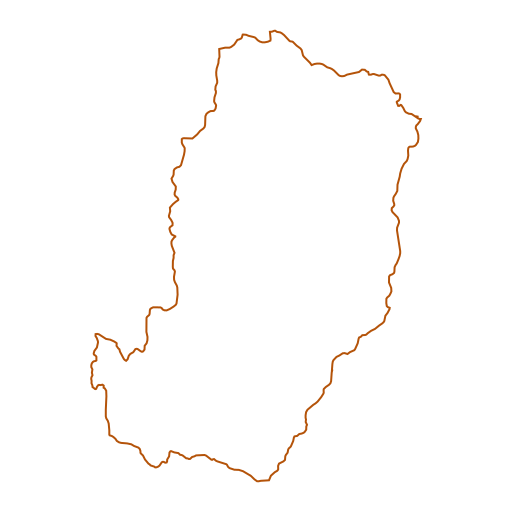 Guadalupe, Antioquia, Colombia (Natural Earth projection)
{"feature_id": "7082276B7072789807287", "entity_name": "Guadalupe", "entity_type": "district", "adm_level": 2, "iso_a3": "COL", "parent_name": "Colombia", "parent_adm1": "Antioquia", "projection": "natural_earth1", "projection_center": [-75.232, 6.863], "detail": "fine", "context": "isolated", "style": "outline", "palette": "amber", "viewbox_px": 512, "rotation_deg": 0, "n_neighbors": 0, "source": "geoboundaries", "source_scale": "gbopen_adm2", "svg_char_len": 5983}
<svg xmlns="http://www.w3.org/2000/svg" viewBox="0 0 512 512"><path d="M92.6,387.2L93.1,387.4L95.0,389.0L95.7,389.1L96.2,388.8L97.0,386.8L98.1,385.3L99.0,384.9L100.4,385.1L102.5,384.7L103.7,385.6L103.6,387.7L104.8,388.4L106.2,390.7L106.4,396.3L105.8,409.8L105.8,416.4L106.3,418.4L107.8,420.8L108.7,423.6L109.3,430.3L109.3,434.5L109.6,435.3L111.8,436.0L113.4,437.0L115.5,438.9L116.8,440.9L119.0,442.3L121.1,442.9L127.1,443.4L131.3,444.3L134.1,446.0L138.4,447.6L139.7,448.9L140.4,450.9L140.5,452.9L141.0,453.6L143.0,455.5L145.0,459.5L146.5,461.3L148.5,463.7L149.7,464.4L150.5,465.4L154.2,466.6L155.2,467.4L156.5,467.3L158.2,466.6L159.5,465.6L161.7,462.4L162.4,461.9L163.8,461.9L165.2,462.7L166.6,462.5L167.1,461.5L167.2,459.5L169.1,456.4L169.5,452.5L170.3,451.4L171.0,451.1L174.3,452.4L178.4,453.1L180.1,454.8L181.6,455.0L182.7,455.5L186.2,458.3L187.6,458.4L188.9,459.0L190.1,458.9L192.1,457.0L194.5,456.3L196.1,455.4L204.5,455.0L206.1,455.6L211.4,459.7L212.3,459.8L213.1,459.2L214.1,459.1L215.9,460.7L217.4,461.4L226.3,464.2L226.9,464.7L228.1,466.9L229.5,468.1L234.3,469.7L238.9,469.9L243.0,471.2L250.9,475.9L254.4,479.3L257.0,481.2L258.5,481.3L260.8,480.8L269.0,480.3L270.9,475.7L274.8,472.2L277.2,470.8L278.0,469.8L278.2,469.3L278.1,465.9L279.0,463.6L283.4,461.4L285.0,459.9L285.3,456.2L285.9,454.9L287.6,452.7L288.2,449.5L288.8,448.4L290.5,446.9L291.0,446.1L293.2,441.0L293.9,437.5L294.5,436.4L297.2,435.9L299.3,434.0L301.6,433.6L303.6,432.8L304.7,431.9L306.2,429.7L306.3,426.5L307.0,424.8L305.7,422.0L306.0,419.5L305.6,417.8L305.6,415.3L306.1,412.1L307.5,409.7L313.3,404.8L315.5,403.4L317.6,401.6L321.2,397.1L323.3,393.8L323.7,392.8L323.6,389.9L323.8,389.0L325.8,387.0L329.0,384.8L330.4,383.3L331.1,381.2L331.7,372.5L332.1,370.7L331.9,370.7L332.4,363.9L332.8,361.5L333.5,360.1L336.5,356.9L339.4,355.5L342.7,353.3L344.6,353.1L347.5,354.0L350.0,352.1L354.3,350.2L355.1,349.1L357.7,343.3L358.6,338.8L359.1,337.5L360.8,336.8L362.3,335.2L365.2,335.0L366.3,334.6L367.6,333.3L371.1,330.8L375.0,328.9L379.2,325.5L382.4,323.3L383.8,321.9L384.3,321.0L385.4,315.7L387.5,313.0L389.5,309.2L389.7,307.8L387.8,307.1L386.8,306.1L386.3,303.1L386.4,298.7L387.2,297.5L389.3,295.7L390.5,293.5L391.4,291.4L391.2,287.9L389.0,282.5L389.1,276.5L390.0,275.2L392.5,274.2L394.1,272.9L394.4,271.6L394.6,267.2L395.6,265.0L396.7,263.5L398.4,259.4L399.6,256.1L400.2,253.2L400.2,251.1L397.0,230.4L397.1,227.7L399.0,222.7L399.0,220.9L397.6,217.4L392.5,212.1L391.6,210.2L391.8,208.1L393.5,206.5L394.3,205.2L394.2,203.9L393.2,200.8L393.4,197.8L394.0,196.4L395.8,193.8L397.3,190.9L397.5,184.7L399.7,176.7L400.2,173.4L401.6,168.7L404.0,163.9L406.8,160.9L407.6,159.0L408.3,155.6L408.0,150.6L408.3,148.1L408.9,147.2L409.7,146.7L412.9,146.6L414.8,145.9L416.0,144.9L417.9,142.0L418.4,138.7L418.3,135.1L417.4,131.6L415.8,128.4L415.8,127.0L416.3,125.5L417.7,124.2L420.1,121.0L420.8,119.0L419.5,119.0L417.9,118.3L417.5,117.3L417.6,116.6L416.5,116.4L416.5,117.3L411.6,114.0L408.8,113.7L405.9,112.3L404.8,111.1L403.3,108.0L401.3,105.1L400.5,104.9L399.4,105.9L398.2,105.9L396.8,102.5L396.8,101.7L398.8,100.5L399.6,99.4L400.1,97.4L400.1,94.5L399.5,93.7L398.7,93.4L395.5,93.5L393.7,92.1L389.6,83.2L388.4,79.7L384.8,75.3L384.0,74.9L382.5,74.7L381.8,74.7L380.1,75.6L378.7,75.6L373.9,74.0L372.5,74.1L370.9,74.7L369.0,74.7L368.7,74.1L368.2,71.9L366.7,71.5L364.8,69.8L362.0,69.6L359.0,72.0L347.1,74.6L344.5,75.9L342.9,76.2L341.3,76.2L339.7,75.8L338.6,75.1L334.0,70.5L331.9,69.0L330.2,68.2L327.2,67.3L323.3,64.6L321.8,64.0L319.7,63.6L317.0,63.6L314.5,64.0L311.6,65.1L310.0,62.8L303.9,56.7L303.0,55.4L301.7,50.1L300.5,48.5L296.6,45.6L292.9,41.9L292.3,41.6L290.2,41.3L289.4,40.8L284.1,35.1L281.7,33.2L280.2,32.4L277.0,31.9L275.1,30.7L274.2,30.8L271.9,31.7L269.9,31.8L270.6,39.0L270.4,40.6L267.9,41.7L264.9,42.3L262.2,42.3L259.7,41.5L257.7,40.2L255.3,37.7L253.9,37.1L248.5,35.8L246.2,34.8L243.0,34.5L242.7,34.6L241.8,37.6L241.1,38.5L239.2,39.4L237.4,39.9L234.2,44.6L231.2,46.9L229.4,47.7L225.0,47.7L219.2,49.0L219.5,56.8L219.3,57.8L218.7,59.2L218.4,63.1L216.7,68.5L216.2,72.2L216.3,75.4L217.2,80.7L217.2,82.8L215.6,86.4L215.3,89.8L215.9,91.0L215.9,93.0L214.5,97.3L214.1,101.1L214.4,102.3L215.9,104.7L216.1,105.5L215.6,108.4L215.0,109.6L213.8,110.9L210.5,111.1L208.3,112.3L206.5,113.8L205.4,116.2L205.1,125.0L204.6,127.0L203.4,128.5L200.1,130.9L197.2,134.4L192.4,138.5L183.8,138.2L182.5,138.5L181.8,139.1L181.8,142.6L182.4,144.3L184.5,147.6L184.7,148.3L184.6,151.3L184.0,154.7L181.0,165.2L179.4,166.8L177.0,167.4L174.6,169.0L173.8,170.5L173.6,174.6L173.1,176.0L171.5,178.6L172.5,182.0L175.8,186.5L175.7,189.6L174.7,192.6L174.6,194.5L175.2,195.8L177.4,197.7L178.3,199.3L178.2,200.1L175.7,201.8L173.0,204.1L169.9,207.6L170.2,211.3L168.9,215.9L169.1,217.2L171.1,219.9L172.5,222.6L172.6,223.4L172.5,225.3L170.2,227.0L169.5,228.2L169.5,229.1L170.3,231.9L171.7,234.5L175.3,236.3L175.3,236.7L174.1,237.6L172.3,239.9L171.5,241.5L171.4,243.4L171.8,245.8L174.5,252.8L173.6,255.2L173.6,257.9L172.9,261.0L172.8,266.9L173.0,268.6L174.5,270.3L174.9,271.6L174.0,276.8L174.1,279.8L174.9,282.1L176.8,285.6L177.3,287.5L177.6,294.7L176.5,303.5L175.8,304.8L173.7,306.5L169.8,309.0L166.6,310.4L164.4,310.3L163.4,309.8L162.7,309.5L161.6,308.0L160.4,307.4L153.2,307.3L151.3,308.2L150.3,309.0L149.9,310.0L149.6,313.9L149.2,315.0L147.1,316.8L146.5,317.9L146.4,331.9L147.5,336.9L147.4,340.3L146.6,343.3L144.7,345.7L144.5,349.6L143.1,351.4L142.0,351.8L140.8,351.3L137.6,349.0L136.6,348.8L135.4,349.1L133.3,352.2L130.3,353.9L128.8,355.7L127.6,359.3L126.1,360.8L124.7,359.9L123.8,358.9L120.0,351.7L119.4,349.3L118.3,348.4L116.5,345.8L116.7,343.6L116.5,343.0L114.2,341.5L110.3,339.7L106.0,338.9L98.9,334.3L97.2,333.9L95.6,334.1L95.5,336.0L96.8,338.1L97.9,341.2L98.0,342.5L96.9,347.5L94.4,350.9L93.7,353.4L93.9,354.5L95.8,355.9L96.4,356.8L96.4,360.4L95.8,360.9L93.9,361.3L92.9,361.9L91.8,363.4L91.3,365.2L91.3,367.1L92.4,369.4L91.9,372.8L92.5,375.2L91.4,377.4L91.2,378.9L91.6,380.9L91.5,383.2L92.3,385.2L92.6,387.2Z" fill="none" stroke="#b45309" stroke-width="2"/></svg>